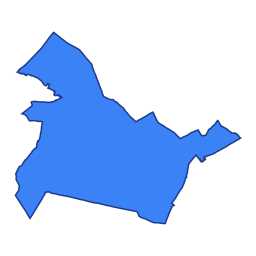 outline of Vulpeni, Olt, Romania
{"feature_id": "2599482B22802217840007", "entity_name": "Vulpeni", "entity_type": "district", "adm_level": 2, "iso_a3": "ROU", "parent_name": "Romania", "parent_adm1": "Olt", "projection": "robinson", "projection_center": [23.942, 44.455], "detail": "fine", "context": "isolated", "style": "filled", "palette": "blue", "viewbox_px": 256, "rotation_deg": 0, "n_neighbors": 0, "source": "geoboundaries", "source_scale": "gbopen_adm2", "svg_char_len": 5649}
<svg xmlns="http://www.w3.org/2000/svg" viewBox="0 0 256 256"><path d="M163.4,223.6L165.1,223.5L165.3,223.4L165.5,222.9L165.7,222.2L167.1,218.4L169.5,212.4L171.7,207.4L172.4,206.2L172.9,205.8L174.1,205.4L171.7,203.1L174.6,199.5L176.1,197.1L177.2,195.1L179.6,191.2L181.1,189.1L181.6,188.6L182.1,187.6L183.7,184.0L185.6,178.7L185.4,178.2L186.0,177.8L186.6,177.3L186.2,177.0L187.7,171.1L187.5,170.5L187.4,170.0L187.4,169.8L188.0,169.0L188.0,168.1L188.4,166.1L188.6,164.5L189.1,163.7L189.9,162.3L190.3,162.0L190.7,161.5L193.5,157.9L194.8,156.6L196.3,155.1L198.9,159.0L199.8,158.9L200.0,158.9L200.0,159.3L200.0,159.5L199.9,159.8L199.9,160.1L200.1,160.4L200.5,161.0L200.9,161.7L201.2,161.8L201.4,161.8L201.4,161.4L201.5,161.3L202.0,161.1L202.5,161.7L203.5,161.0L203.5,160.8L203.3,160.6L203.3,160.4L203.5,160.4L203.9,160.5L204.0,160.4L203.9,160.1L204.0,159.9L204.3,159.9L204.8,159.5L205.2,159.7L205.3,159.7L205.5,159.4L205.5,159.2L204.3,158.2L203.9,157.5L203.8,157.1L205.4,157.0L205.4,156.6L205.6,156.5L206.1,156.4L206.2,156.2L206.8,156.2L208.0,155.6L208.5,155.6L209.7,155.2L212.6,154.0L213.6,153.7L214.4,153.3L215.8,152.3L218.5,150.9L225.6,147.0L228.7,144.9L234.6,141.6L236.6,140.4L239.0,139.1L239.4,138.8L240.6,138.0L240.1,137.7L239.3,137.0L238.9,136.6L238.8,136.2L237.6,134.5L237.0,134.4L236.4,133.9L236.1,133.5L235.1,133.1L234.7,133.1L234.4,133.3L233.1,133.1L232.3,133.1L231.7,132.9L231.0,132.2L230.1,131.8L228.3,130.4L228.0,129.9L227.6,129.6L225.7,128.3L223.4,127.2L222.6,126.6L222.0,126.4L221.4,126.3L220.9,125.8L220.8,125.4L219.6,123.6L218.9,122.1L217.8,120.5L217.2,121.1L216.9,121.3L216.5,122.0L216.2,122.4L216.3,122.4L215.6,123.5L214.9,124.4L212.3,126.5L212.0,126.9L211.5,127.6L211.1,128.0L210.0,128.6L209.0,129.6L208.7,129.7L208.3,130.5L208.0,131.4L206.8,133.5L206.3,134.7L206.2,135.0L202.9,135.8L202.4,135.8L201.7,135.6L200.0,133.1L198.1,129.9L196.7,130.5L195.8,130.8L191.0,132.8L189.2,133.9L187.9,134.9L185.5,136.1L183.3,137.0L180.2,138.7L179.5,137.9L177.7,136.2L176.3,134.8L175.0,133.4L173.8,132.3L173.2,132.1L169.6,129.7L165.4,127.3L163.5,125.8L160.8,124.3L158.7,123.0L158.2,122.6L157.9,122.2L156.8,120.3L155.3,117.0L154.2,115.1L154.1,114.7L154.2,114.2L153.2,112.8L152.9,112.2L152.7,112.1L150.2,113.5L149.5,113.8L145.7,116.3L141.8,118.5L139.5,119.7L137.9,120.6L137.1,121.2L136.2,121.6L135.9,121.7L135.7,121.6L134.6,120.5L131.4,117.7L129.9,116.3L128.3,114.5L127.6,113.4L125.5,111.2L124.4,109.6L123.9,108.7L123.4,108.1L122.7,107.5L121.9,107.1L120.6,105.8L119.1,104.6L117.1,102.5L116.6,102.1L114.8,101.3L114.4,101.0L113.6,100.0L113.3,99.7L112.7,99.6L110.8,99.6L110.1,99.4L108.3,98.8L105.1,97.2L104.0,96.7L103.4,96.2L102.9,95.0L102.8,94.3L102.2,93.2L102.1,92.7L101.9,92.0L101.9,91.2L101.0,89.7L99.0,84.2L98.1,81.7L97.4,80.0L97.0,78.8L96.2,77.0L95.8,75.5L94.9,73.5L94.4,72.6L93.9,71.1L92.2,66.4L92.0,65.6L91.9,64.7L91.8,64.4L91.3,63.7L90.4,62.8L89.2,61.4L88.8,61.2L88.7,60.8L88.3,60.3L85.9,57.7L82.5,53.3L81.4,52.0L80.7,51.5L80.2,50.6L79.7,50.0L79.0,49.5L76.6,48.1L71.4,45.3L67.8,43.4L65.3,41.5L63.3,39.9L59.7,37.2L55.9,34.1L54.7,33.2L53.9,32.5L53.6,32.4L52.4,33.7L51.4,35.0L50.2,36.3L49.3,37.5L47.7,39.8L44.6,44.0L41.3,48.3L26.2,64.1L25.2,65.0L22.7,67.1L21.4,67.9L18.9,69.9L19.3,70.2L17.2,72.1L19.8,73.2L20.9,73.9L21.7,73.3L22.2,73.7L22.8,74.0L23.2,73.9L23.7,73.5L23.8,73.5L24.0,73.7L24.4,74.3L24.7,74.6L24.9,74.6L25.4,74.5L25.6,74.6L25.7,74.9L26.2,75.2L26.0,75.4L26.3,75.5L26.9,75.0L27.9,74.3L30.8,75.3L31.6,75.8L31.7,75.6L35.0,76.8L38.0,78.3L39.4,79.3L40.5,80.3L40.9,80.5L42.1,81.9L43.9,84.4L44.1,84.8L45.0,85.4L46.0,85.9L46.5,85.6L47.2,84.7L47.7,83.8L47.8,83.4L48.3,83.6L49.4,84.4L49.7,84.7L48.8,85.7L48.7,86.1L48.5,87.2L47.9,88.1L49.1,88.6L49.3,88.5L49.7,88.6L51.1,89.5L53.2,90.5L54.1,90.9L53.9,91.2L53.9,91.5L54.0,91.9L55.2,92.2L53.9,94.6L54.8,95.5L55.9,95.6L56.2,95.5L56.8,95.5L57.0,95.3L57.1,95.5L57.3,95.5L58.7,94.9L58.9,95.2L59.2,96.5L59.8,96.5L60.0,96.8L60.3,96.7L60.5,96.6L59.9,95.5L61.9,97.5L59.1,98.9L57.3,99.7L56.4,100.0L56.2,100.3L56.0,100.1L55.6,100.3L55.8,100.4L55.7,100.5L52.1,102.2L51.6,101.8L50.4,102.2L49.5,102.5L48.2,102.3L47.3,102.5L46.6,102.2L46.3,102.1L43.5,102.0L39.2,101.9L36.1,101.5L34.5,101.4L32.7,101.6L32.0,101.7L31.3,102.0L31.4,102.8L31.7,103.8L32.3,105.3L32.3,105.6L32.2,105.7L31.1,106.5L30.8,106.8L22.0,113.7L22.5,113.8L22.9,114.0L23.4,114.1L23.8,114.1L24.6,114.5L25.0,114.7L26.1,115.7L27.1,116.8L27.9,118.0L28.4,119.2L28.9,120.1L29.3,120.5L29.5,120.7L30.2,120.9L30.6,120.9L31.1,120.9L31.3,120.8L31.6,120.7L34.6,120.6L36.1,120.8L37.2,121.2L38.5,121.4L38.7,121.5L39.9,121.3L41.2,121.5L42.4,121.8L41.4,128.0L41.2,132.0L40.8,132.1L39.8,138.3L39.6,138.9L39.3,139.6L38.9,140.2L38.2,140.8L38.2,141.4L37.7,141.2L36.9,144.0L36.5,147.6L35.8,147.9L34.9,148.5L33.2,150.1L32.3,151.2L32.1,151.7L31.3,152.9L26.4,159.1L25.9,159.5L25.5,159.7L24.9,160.2L21.4,165.9L21.1,166.2L20.4,166.2L19.8,166.4L19.3,166.7L17.6,169.9L15.9,173.6L15.8,174.1L16.2,175.7L16.3,177.3L16.3,178.3L16.1,178.7L16.1,179.4L16.3,180.0L17.4,181.8L18.7,184.4L19.3,185.8L19.3,186.2L19.2,186.9L19.0,187.3L19.0,187.7L18.9,188.2L19.0,188.9L18.8,190.2L15.4,195.3L20.8,203.7L25.5,210.9L30.0,218.4L32.0,215.3L40.8,200.9L45.2,193.3L45.6,192.1L46.1,192.2L48.9,191.8L50.7,192.9L51.8,193.1L53.3,193.6L55.0,193.7L59.0,194.8L68.7,196.6L77.1,198.6L80.4,199.5L83.9,200.1L89.7,201.8L91.0,202.0L92.1,202.4L95.7,203.0L98.0,203.1L99.9,203.7L107.3,205.5L109.1,205.8L113.2,206.8L117.7,207.8L125.9,209.4L128.7,210.0L134.9,211.2L136.1,211.5L137.3,212.0L137.5,212.2L138.2,214.1L138.6,215.0L138.9,215.9L139.2,216.3L141.3,217.6L142.7,218.1L144.0,218.4L145.4,218.9L148.2,220.3L153.1,222.5L155.6,222.8L158.4,222.8L163.4,223.6Z" fill="#3b82f6" stroke="#1e3a8a" stroke-width="1.5"/></svg>